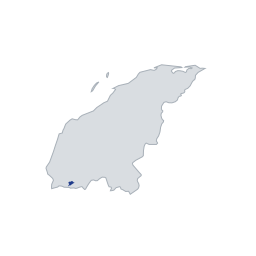 Tomala, Lempira, Honduras (highlighted), rotated 328°
{"feature_id": "27666195B14707888377394", "entity_name": "Tomala", "entity_type": "district", "adm_level": 2, "iso_a3": "HND", "parent_name": "Honduras", "parent_adm1": "Lempira", "projection": "orthographic", "projection_center": [-88.742, 14.255], "detail": "fine", "context": "in_parent", "style": "filled", "palette": "blue", "viewbox_px": 256, "rotation_deg": 328, "n_neighbors": 0, "source": "geoboundaries", "source_scale": "gbopen_adm2", "svg_char_len": 3002}
<svg xmlns="http://www.w3.org/2000/svg" viewBox="0 0 256 256"><g transform="rotate(328 128 128)"><path d="M224.9,118.3L216.9,118.0L213.1,119.1L211.5,121.3L210.1,122.4L208.9,122.2L206.6,123.1L203.0,125.2L199.7,126.0L196.8,125.6L195.9,126.1L195.7,126.8L195.3,127.4L194.2,127.8L192.9,127.6L191.4,126.9L190.6,127.2L190.6,128.6L189.8,128.9L188.3,128.3L186.6,128.8L184.8,130.4L182.1,130.8L178.7,130.0L176.1,128.3L174.2,125.9L172.0,125.3L168.1,127.2L166.5,129.4L166.2,130.7L166.6,131.9L165.9,132.7L164.1,133.1L162.7,134.6L161.8,137.2L161.6,139.2L162.2,140.5L161.3,141.6L159.0,142.3L156.2,144.5L153.0,148.3L149.8,150.9L146.6,152.4L145.1,154.1L145.2,155.9L145.1,156.5L144.4,156.7L143.4,157.0L137.2,153.1L135.4,150.4L133.8,150.8L131.9,152.2L129.2,155.3L126.3,159.6L124.9,160.0L117.6,159.5L113.7,159.9L112.9,160.5L112.5,162.0L112.8,164.1L113.9,171.4L114.5,174.5L113.9,175.4L112.0,175.6L109.4,176.0L108.0,177.4L107.7,178.9L107.6,180.9L106.8,182.9L105.2,184.4L103.6,185.0L94.8,185.4L95.0,182.0L92.4,180.6L91.0,177.8L89.7,175.9L90.1,174.7L90.0,173.4L86.4,172.3L83.1,173.2L81.2,172.6L79.8,171.9L82.2,170.2L82.3,169.2L81.6,168.4L80.8,167.9L81.0,166.0L81.5,163.8L82.8,158.5L82.3,157.6L80.1,156.0L77.2,155.9L74.1,156.4L72.6,155.6L71.3,153.8L69.1,152.9L65.2,154.4L61.0,156.5L59.7,157.3L58.7,157.2L58.2,155.6L58.0,153.7L57.7,153.2L55.5,152.5L52.9,152.0L51.6,151.5L50.4,150.2L47.3,148.5L46.6,147.2L42.4,144.3L41.6,142.9L40.6,141.8L38.7,140.5L37.1,140.8L31.9,139.2L31.1,139.0L31.8,137.6L33.5,135.3L37.1,132.8L37.4,130.8L36.4,127.0L35.5,124.4L36.0,123.3L37.1,118.8L38.0,117.8L43.2,115.5L43.7,115.2L47.8,112.0L52.3,108.5L57.0,104.5L62.3,100.2L65.2,97.6L66.5,96.5L69.6,97.4L71.9,95.3L73.3,94.6L76.5,92.2L77.5,91.6L82.9,90.6L85.5,90.6L87.8,93.1L89.6,94.4L93.0,93.2L95.9,93.0L107.7,95.2L112.4,94.1L121.0,93.8L124.8,94.4L130.3,91.0L133.8,90.3L137.9,88.7L137.3,87.2L136.3,86.5L142.6,87.1L151.9,90.3L161.9,89.5L165.4,87.7L167.7,87.1L178.0,90.4L180.7,93.0L182.8,93.2L184.4,92.6L184.9,92.0L182.9,91.5L181.9,90.7L190.0,92.2L205.4,104.3L205.7,105.3L199.2,101.8L195.8,102.1L194.9,102.7L195.1,104.8L195.4,105.7L196.9,105.8L198.0,105.2L200.7,105.8L202.5,107.1L204.7,109.1L206.0,111.3L207.4,111.3L208.7,110.0L211.3,109.7L213.0,111.2L214.2,111.1L212.5,108.8L208.5,106.6L209.4,106.5L218.2,110.4L220.7,115.6L222.8,116.7L224.9,118.3ZM122.7,75.1L117.7,77.7L116.1,77.7L118.4,75.7L122.1,74.0L125.2,73.2L127.7,73.5L122.7,75.1ZM139.7,72.3L137.3,74.2L136.9,73.3L138.0,71.6L139.4,70.6L140.8,70.7L140.5,71.4L139.7,72.3Z" fill="#d9dde1" stroke="#a8b0b8" stroke-width="1"/><path d="M52.4,143.9L50.9,144.0L50.3,143.6L49.6,143.2L49.2,143.2L49.1,143.4L49.1,143.5L49.3,143.6L49.4,143.8L49.5,143.8L49.6,144.0L49.8,144.2L49.8,144.5L48.9,145.0L49.0,145.0L49.2,145.3L49.3,145.2L49.3,145.3L49.5,145.3L49.6,145.2L49.7,145.3L49.8,145.3L50.0,145.3L50.2,145.2L50.3,145.2L50.5,145.1L50.7,145.3L51.1,145.3L51.4,145.1L52.2,145.2L52.0,144.9L52.0,144.7L52.1,144.4L52.2,144.2L52.3,144.1L52.3,143.9L52.4,143.9Z" fill="#3b82f6" stroke="#1e3a8a" stroke-width="1.5"/></g></svg>